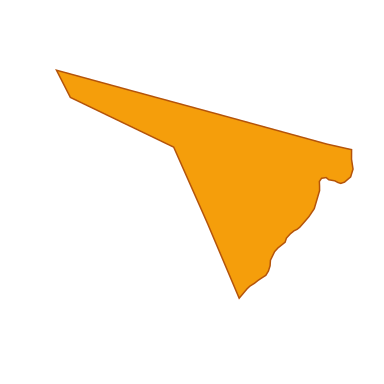 Alto do Rodrigues, Rio Grande do Norte, Brazil, rotated 190°
{"feature_id": "56859067B38612658139094", "entity_name": "Alto do Rodrigues", "entity_type": "district", "adm_level": 2, "iso_a3": "BRA", "parent_name": "Brazil", "parent_adm1": "Rio Grande do Norte", "projection": "equal_earth", "projection_center": [-36.771, -5.342], "detail": "fine", "context": "isolated", "style": "filled", "palette": "amber", "viewbox_px": 384, "rotation_deg": 190, "n_neighbors": 0, "source": "geoboundaries", "source_scale": "gbopen_adm2", "svg_char_len": 684}
<svg xmlns="http://www.w3.org/2000/svg" viewBox="0 0 384 384"><g transform="rotate(190 192 192)"><path d="M346.6,288.4L328.2,264.0L217.8,233.0L171.1,163.5L127.1,95.6L120.9,106.3L118.6,109.4L114.5,113.1L111.6,116.4L108.8,119.1L104.8,122.8L103.0,127.5L102.3,132.8L102.9,138.5L100.3,147.6L97.6,151.9L91.6,158.7L91.0,163.0L87.9,167.9L84.8,171.5L82.0,173.5L79.8,176.0L76.5,181.4L72.6,188.0L68.7,196.8L66.6,215.5L67.4,219.9L68.4,224.5L66.8,228.0L62.4,229.5L59.4,227.8L53.3,227.8L50.0,226.7L47.0,226.3L43.5,228.2L38.4,234.4L37.4,242.5L40.6,252.0L42.2,261.4L67.4,262.6L71.8,263.0L146.5,270.0L173.2,272.5L272.0,281.5L346.6,288.4Z" fill="#f59e0b" stroke="#b45309" stroke-width="1.5"/></g></svg>